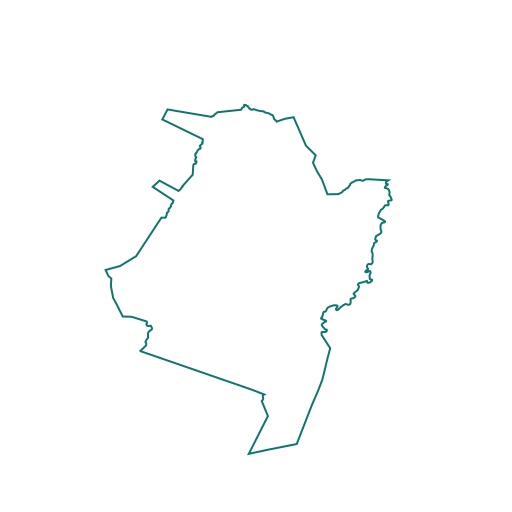 outline of Iliatenco, Guerrero, Mexico, rotated 49°
{"feature_id": "50627088B94686315759105", "entity_name": "Iliatenco", "entity_type": "district", "adm_level": 2, "iso_a3": "MEX", "parent_name": "Mexico", "parent_adm1": "Guerrero", "projection": "equal_earth", "projection_center": [-98.646, 17.051], "detail": "fine", "context": "isolated", "style": "outline", "palette": "teal", "viewbox_px": 512, "rotation_deg": 49, "n_neighbors": 0, "source": "geoboundaries", "source_scale": "gbopen_adm2", "svg_char_len": 6127}
<svg xmlns="http://www.w3.org/2000/svg" viewBox="0 0 512 512"><g transform="rotate(49 256 256)"><path d="M167.9,378.7L174.2,380.5L178.1,380.0L182.5,384.3L183.8,385.4L193.9,391.3L201.2,392.9L214.2,396.3L220.2,389.8L233.3,381.7L233.7,381.5L234.0,381.8L234.7,381.9L234.9,382.0L235.7,383.6L236.4,383.8L237.2,383.9L238.0,383.4L239.6,381.2L241.8,381.7L242.3,382.0L242.8,382.4L243.1,383.2L242.9,384.1L242.8,385.8L242.8,386.8L243.0,387.4L243.9,388.6L245.4,389.8L246.1,390.5L246.7,390.8L246.9,391.1L247.4,393.8L247.6,394.1L247.8,394.8L248.4,395.9L248.9,396.0L249.5,396.0L249.8,396.1L250.8,396.9L251.3,397.5L251.4,398.1L251.8,405.5L252.6,405.3L353.9,347.0L366.0,340.6L365.8,341.7L365.9,342.4L366.8,343.3L368.0,343.9L368.5,344.4L369.1,345.5L369.2,346.2L369.2,346.8L384.6,352.0L400.6,391.2L409.8,374.5L424.6,348.6L404.7,310.7L398.4,297.5L393.0,287.3L389.1,281.7L380.5,269.7L374.3,260.5L358.8,258.3L357.2,257.2L356.6,256.5L356.7,256.0L358.6,253.8L359.1,252.9L359.1,252.3L358.9,251.7L358.4,251.1L358.0,251.0L357.3,251.7L356.5,251.9L353.7,252.0L352.0,251.9L351.1,251.6L350.9,251.4L350.8,251.0L350.7,249.9L350.9,247.5L351.2,246.6L351.3,246.2L351.2,245.8L351.0,245.6L350.7,245.6L349.9,246.0L348.0,247.2L347.3,247.1L347.0,247.2L346.8,247.3L346.3,247.9L346.1,247.9L345.8,247.8L345.6,247.5L345.3,246.5L345.1,245.6L344.5,244.5L343.3,243.0L342.7,242.0L342.7,241.5L343.3,240.4L343.4,239.9L343.4,239.3L342.3,236.8L342.1,236.0L342.2,235.2L342.5,233.6L344.3,229.4L344.7,229.2L345.1,228.8L345.7,227.9L346.3,227.5L346.9,227.3L347.2,227.3L347.5,227.6L347.8,228.1L348.3,230.1L348.7,230.6L349.7,230.7L350.0,230.4L350.3,229.5L350.4,228.7L350.2,226.8L350.2,224.9L350.3,223.3L350.8,220.6L351.0,220.0L351.4,219.6L352.9,218.7L353.7,218.0L353.9,217.6L354.0,216.9L354.0,216.3L353.6,215.6L352.4,214.3L350.9,213.3L350.6,212.8L350.6,212.0L351.2,211.1L351.8,209.6L351.9,208.2L351.6,207.5L351.3,207.3L350.8,207.2L349.8,207.2L349.3,207.3L348.7,207.1L348.4,206.9L348.3,205.9L348.4,202.3L348.4,201.6L348.0,200.7L347.2,199.1L346.7,198.4L346.3,198.2L345.9,198.0L344.6,198.0L344.4,197.8L344.1,197.0L344.2,195.9L346.1,192.2L347.2,189.7L347.3,189.0L347.5,188.7L348.0,188.7L348.6,189.0L348.9,189.3L349.4,189.3L349.7,189.1L350.3,188.4L350.7,187.3L350.8,186.0L350.8,185.0L350.4,184.2L350.1,184.1L349.6,184.2L348.5,185.1L348.2,185.2L347.8,185.1L347.3,184.7L345.3,183.2L344.7,182.2L344.0,180.8L343.6,180.3L342.9,179.9L342.1,179.9L341.8,180.3L341.6,181.1L341.6,181.3L341.2,182.4L340.3,183.8L340.0,183.9L339.7,183.9L339.4,183.6L339.3,183.0L339.2,182.2L339.3,181.6L339.6,180.7L339.6,180.3L339.4,180.0L339.1,179.8L338.5,179.7L337.2,179.5L336.7,179.2L336.2,178.5L335.9,177.9L335.8,177.4L335.8,176.3L336.0,176.0L337.1,175.3L337.7,174.6L337.7,173.1L337.4,172.4L337.0,171.8L336.4,171.3L334.6,170.2L334.1,169.7L331.6,167.1L330.6,166.4L328.2,165.6L326.7,163.7L325.0,159.8L323.9,158.7L323.8,158.3L324.2,156.1L324.2,155.3L324.1,154.9L323.7,154.7L323.3,155.1L321.9,155.2L321.6,155.0L321.1,154.5L319.9,152.7L319.9,151.8L320.4,149.0L320.6,147.4L320.6,146.4L320.3,145.8L319.9,145.4L318.6,144.7L317.8,144.5L316.5,143.7L314.4,141.6L313.6,139.3L313.8,138.9L314.7,137.4L314.9,137.0L314.9,136.2L314.7,136.0L314.4,135.9L313.7,136.1L311.2,136.9L307.3,138.4L306.8,138.4L306.5,138.2L304.6,135.6L304.2,134.6L303.9,133.4L303.1,131.6L303.1,131.1L303.3,130.3L303.4,129.5L303.3,128.7L303.1,127.4L302.6,126.1L302.5,125.8L302.6,125.2L303.0,124.5L304.4,123.1L304.4,122.5L304.1,122.1L303.6,121.7L301.7,120.8L301.3,120.4L301.2,120.1L302.1,118.3L302.7,117.4L302.7,116.9L302.1,116.4L299.1,115.5L297.4,115.5L295.5,113.3L294.7,112.9L292.9,112.3L292.1,112.4L291.4,112.6L290.4,113.2L289.5,113.9L289.2,114.0L288.9,113.9L288.6,113.5L288.4,112.1L288.4,111.5L288.6,110.9L288.6,110.1L288.5,109.6L288.4,109.5L288.1,109.5L287.5,110.0L286.7,110.4L286.1,110.1L285.7,109.6L285.5,109.3L285.5,108.8L285.5,108.1L285.7,106.5L271.8,120.8L271.0,121.9L270.3,122.6L269.9,123.6L269.5,125.7L269.1,126.2L268.4,126.8L266.8,127.6L265.5,129.8L264.5,130.7L264.4,131.6L264.4,132.2L264.1,133.2L263.5,135.5L263.4,136.8L263.6,137.7L264.2,138.7L264.3,139.0L264.3,140.2L264.9,141.5L264.9,141.9L264.9,142.1L264.3,143.7L264.3,144.2L264.5,145.1L264.5,145.4L263.9,147.2L264.0,148.0L264.3,149.3L263.3,153.3L256.3,161.6L241.4,156.0L232.1,154.4L223.0,151.8L219.2,144.9L205.4,145.9L190.9,141.3L175.9,136.6L171.3,144.4L168.1,152.3L167.4,152.0L166.5,152.1L165.4,152.4L163.9,152.3L162.9,151.7L161.2,151.1L160.7,151.1L159.6,151.5L159.0,152.0L158.4,152.3L157.5,152.4L156.8,152.7L153.4,155.1L153.0,155.3L152.0,155.3L151.3,155.8L150.0,157.2L146.8,159.6L143.6,161.4L143.2,162.6L142.8,163.0L142.6,163.5L142.1,163.9L140.8,163.9L140.3,164.3L140.1,164.3L139.3,164.0L138.5,164.2L137.4,163.9L136.5,164.5L135.4,164.6L134.6,165.2L134.3,165.7L134.4,166.1L134.6,166.4L135.2,166.6L135.4,167.0L135.5,167.3L135.4,167.8L135.1,168.5L135.1,169.6L135.7,170.6L135.9,171.2L122.2,190.8L122.1,195.0L122.4,195.3L122.5,195.7L122.3,196.5L121.9,196.9L121.8,197.2L121.8,198.3L87.4,226.6L91.5,237.1L133.0,219.5L133.7,220.2L134.2,220.5L134.6,221.3L134.9,221.6L135.0,222.2L135.7,222.3L136.0,222.6L136.0,223.9L135.9,224.3L136.0,225.9L136.0,226.1L136.4,226.4L137.5,226.5L138.3,227.3L138.4,227.5L138.4,227.9L138.2,228.1L137.9,228.7L137.9,229.0L137.9,229.4L138.1,229.8L138.0,230.8L138.2,231.3L138.8,232.1L138.9,233.0L139.0,233.3L139.0,234.0L139.4,234.5L139.3,235.0L140.9,236.3L142.1,236.2L142.4,236.6L142.6,237.3L142.9,237.6L143.0,237.9L143.0,238.1L143.4,238.5L143.7,238.9L144.1,239.0L144.2,239.5L144.4,239.6L144.6,239.6L145.6,238.9L145.9,239.1L146.3,239.8L146.5,240.4L146.8,240.8L146.8,241.0L146.7,241.2L146.0,241.9L145.8,242.4L145.9,242.9L146.4,243.7L146.5,243.9L153.1,250.4L154.9,264.5L155.3,265.6L155.0,265.8L155.1,266.1L155.6,266.8L155.6,267.6L156.1,269.0L156.1,270.9L155.9,271.5L156.0,271.8L135.8,279.4L136.1,288.6L159.9,281.9L160.6,283.1L161.0,283.4L161.2,283.8L161.3,284.1L161.3,285.5L161.7,286.3L161.9,287.1L162.6,287.4L162.8,287.6L163.2,289.2L163.1,290.3L163.1,290.8L163.5,291.4L164.1,291.8L164.6,292.3L164.8,292.6L165.0,293.3L165.0,293.9L164.9,294.7L165.1,295.0L166.6,296.8L167.7,299.1L165.0,302.2L177.5,346.6L174.4,365.1L167.9,378.7Z" fill="none" stroke="#0f766e" stroke-width="2"/></g></svg>